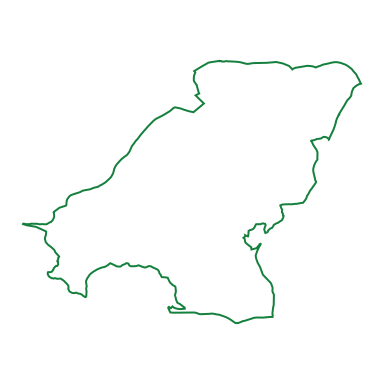 the district of Papiu Ilarian, Mures, Romania
{"feature_id": "2599482B30644499185341", "entity_name": "Papiu Ilarian", "entity_type": "district", "adm_level": 2, "iso_a3": "ROU", "parent_name": "Romania", "parent_adm1": "Mures", "projection": "equal_earth", "projection_center": [24.217, 46.568], "detail": "fine", "context": "isolated", "style": "outline", "palette": "green", "viewbox_px": 384, "rotation_deg": 0, "n_neighbors": 0, "source": "geoboundaries", "source_scale": "gbopen_adm2", "svg_char_len": 5910}
<svg xmlns="http://www.w3.org/2000/svg" viewBox="0 0 384 384"><path d="M170.4,312.5L173.4,312.7L180.6,312.7L182.6,312.6L194.4,312.5L196.3,312.9L199.2,314.0L201.2,314.2L209.8,313.8L211.3,313.6L213.2,313.7L217.1,314.5L218.8,314.6L223.8,316.3L226.6,317.4L228.5,318.4L230.8,319.8L234.6,322.5L235.5,323.0L238.0,323.1L241.1,321.9L242.6,321.2L244.7,320.8L252.3,318.4L253.6,317.9L254.8,317.7L256.8,317.5L262.9,317.6L270.6,316.9L272.5,317.0L272.7,315.6L272.4,313.3L273.2,307.1L273.7,305.1L273.8,300.9L273.9,294.7L272.5,291.5L272.4,290.9L272.6,288.4L272.5,287.5L271.3,284.0L270.6,282.8L262.9,274.7L260.0,266.9L257.7,262.8L256.2,258.6L255.7,256.1L255.7,255.5L255.9,254.8L257.5,250.3L258.6,247.9L260.7,244.1L260.2,243.8L259.7,244.2L257.8,246.7L256.4,248.2L251.5,249.5L251.2,247.9L251.3,247.3L247.4,244.3L245.8,242.9L245.2,242.0L244.8,239.6L244.4,238.4L243.5,237.8L245.5,236.0L245.3,235.3L246.9,236.0L248.0,236.3L248.4,234.6L248.6,230.9L249.7,230.2L251.6,229.7L253.4,228.8L254.5,227.4L255.4,225.4L256.2,224.2L260.4,224.2L262.0,223.6L263.0,223.4L265.1,223.9L265.6,225.0L265.5,225.9L265.0,226.7L264.2,229.5L265.4,233.0L267.5,232.2L268.3,230.3L270.2,228.6L272.1,227.8L273.4,225.8L273.5,225.4L273.9,224.8L276.3,223.4L278.0,222.8L279.9,221.4L282.2,220.0L282.3,219.7L282.6,218.6L283.0,218.2L283.2,217.7L283.6,215.9L283.1,215.7L282.7,213.2L282.0,212.5L282.0,211.3L282.2,209.9L281.3,208.2L280.3,205.4L282.2,204.6L283.6,204.4L288.8,204.2L291.8,204.3L294.4,203.9L296.4,203.9L301.4,202.9L303.0,202.8L304.8,200.6L305.9,199.0L306.5,197.8L307.0,196.0L308.2,194.3L310.1,190.6L311.2,189.3L315.4,183.3L316.0,182.3L316.1,182.0L316.1,181.5L315.5,180.9L313.4,172.0L313.2,170.4L313.3,168.8L314.0,165.7L315.5,162.4L316.6,160.7L317.2,160.0L317.4,159.5L317.3,157.0L317.5,155.1L317.4,152.1L316.5,149.8L313.9,146.0L313.3,145.0L312.1,142.4L311.1,140.9L311.3,140.6L313.6,140.3L317.0,139.0L320.5,138.6L321.4,138.2L322.9,137.2L323.8,136.9L324.9,136.9L326.4,137.3L327.6,137.9L328.7,139.1L328.8,139.6L329.1,139.4L329.9,137.0L331.3,134.3L332.6,131.4L333.3,130.2L333.9,128.3L334.5,126.9L335.9,122.3L335.8,121.9L336.9,118.7L338.8,114.6L339.2,114.7L339.3,114.5L339.4,114.2L339.3,113.6L344.5,105.2L346.9,100.9L347.9,99.6L349.5,98.1L350.9,96.2L351.3,95.2L351.6,93.0L352.2,90.9L353.5,88.0L356.0,86.0L357.9,84.8L358.8,84.3L361.0,83.7L360.2,82.3L359.1,79.8L357.2,76.4L356.2,74.3L353.8,71.7L351.6,68.9L347.8,66.0L345.6,64.7L340.4,62.8L337.0,62.2L335.7,62.1L333.6,62.3L330.0,63.0L328.8,63.4L323.1,64.6L322.4,64.8L320.6,65.7L317.7,66.6L315.9,67.4L315.4,67.4L314.0,66.7L311.7,66.2L307.4,65.8L295.4,67.8L292.8,68.9L292.4,69.4L289.9,66.8L288.9,65.9L283.0,63.5L280.9,63.0L276.6,62.1L275.5,62.0L274.3,62.2L266.9,62.8L253.7,63.1L251.0,63.4L249.0,63.8L247.5,63.9L246.7,63.9L240.2,62.2L236.0,61.7L227.7,61.3L226.3,61.1L224.4,61.5L222.9,61.5L221.7,61.5L221.3,61.3L221.1,61.0L219.4,61.2L219.3,60.9L209.6,62.4L208.2,62.8L201.0,66.9L194.2,71.1L194.6,71.6L195.3,72.5L194.0,75.7L193.8,78.4L193.8,80.3L194.1,81.4L196.5,84.9L196.7,84.4L196.8,85.7L198.1,90.4L198.6,92.2L199.2,93.5L195.6,95.4L203.9,103.5L193.5,112.2L188.8,111.2L183.7,109.6L180.3,108.4L175.5,107.4L175.0,107.4L173.7,107.8L173.0,108.5L169.8,111.2L162.8,115.4L155.7,119.0L153.4,120.9L148.1,126.3L140.6,134.9L138.0,138.5L135.6,141.1L134.0,143.4L131.9,146.1L129.8,150.9L129.0,152.3L127.3,154.6L126.6,155.3L125.9,155.7L122.0,158.7L120.2,160.5L117.0,164.1L115.9,165.5L114.9,167.4L114.1,169.2L113.8,170.9L113.1,173.3L112.5,174.4L111.2,176.8L110.1,178.1L106.4,181.5L104.8,182.8L102.0,184.5L99.8,185.6L97.8,186.9L95.7,187.3L93.0,188.1L90.1,189.3L82.9,190.6L80.1,192.1L77.1,193.1L74.7,193.8L71.3,195.0L69.7,196.0L68.1,198.0L67.2,199.3L66.9,200.1L66.6,201.4L66.4,204.6L66.2,205.4L65.4,205.8L59.5,207.7L54.9,211.1L53.9,212.0L54.1,212.1L53.9,213.1L54.2,216.1L54.0,217.4L52.8,220.0L51.1,221.9L49.5,222.5L47.2,223.9L46.4,224.2L45.7,224.3L41.9,224.1L39.8,224.3L37.1,223.8L36.1,223.7L35.1,223.8L31.3,223.7L29.5,224.1L27.3,224.2L25.7,224.1L23.5,223.6L23.1,223.8L23.0,224.1L27.0,225.3L35.9,226.8L41.5,229.3L45.8,231.3L46.2,231.7L46.2,232.3L45.8,235.4L45.0,237.6L44.9,238.9L45.5,240.9L45.7,242.1L48.1,244.8L50.7,246.7L54.3,249.9L55.2,252.1L59.1,256.5L58.8,256.9L58.8,257.5L58.6,257.7L58.3,257.8L58.1,258.5L58.2,259.6L58.0,259.9L57.7,260.1L57.3,260.9L57.3,261.3L58.1,261.8L58.1,264.5L57.8,265.1L57.1,266.0L56.1,265.9L54.7,267.2L54.0,267.9L53.7,268.5L53.5,269.1L53.5,269.6L52.9,270.1L52.7,270.3L52.6,270.8L51.7,271.8L50.2,272.2L48.1,272.1L47.8,272.6L47.7,273.7L47.8,274.0L48.2,275.3L49.3,276.8L51.7,278.2L52.5,278.2L53.2,278.5L53.7,278.5L54.5,278.2L54.9,278.3L55.5,278.2L56.3,278.6L57.4,278.8L60.3,278.6L60.8,278.7L61.7,279.2L62.0,279.5L62.8,280.0L64.2,281.1L65.5,282.5L66.3,283.2L68.3,285.6L68.4,286.2L68.5,288.1L68.3,288.5L68.3,288.9L69.1,290.8L69.6,291.5L70.1,291.8L71.9,292.8L72.6,293.0L74.8,293.1L76.1,292.6L77.5,293.3L78.6,293.6L80.2,293.8L82.0,294.7L82.6,295.4L85.2,297.1L85.8,297.0L86.3,296.1L86.4,293.1L86.6,291.5L86.2,289.4L86.2,288.4L86.7,286.3L86.1,282.7L86.1,280.8L87.1,278.6L89.4,275.1L90.8,273.6L93.5,271.6L97.2,269.4L100.5,268.0L102.3,267.4L104.1,267.1L106.2,266.2L107.4,265.4L110.3,263.2L115.6,265.7L116.1,266.2L118.8,266.6L120.1,266.6L120.9,266.3L121.6,265.8L122.0,265.3L122.8,264.9L124.9,264.1L126.5,263.1L128.1,263.5L128.7,264.0L128.9,264.8L129.5,265.6L131.0,266.3L136.2,266.1L138.4,265.3L138.8,265.3L139.5,265.7L143.8,267.3L145.1,267.5L145.9,267.4L148.7,266.1L149.8,266.1L150.6,266.2L153.4,267.7L155.5,268.6L157.3,269.5L158.0,270.0L159.0,271.5L159.4,273.2L160.8,275.0L161.2,275.8L161.3,276.5L162.0,277.2L164.0,277.2L167.6,277.7L167.8,277.9L169.2,281.0L170.5,283.1L171.6,283.9L172.4,284.9L175.0,286.3L175.4,286.8L175.9,291.0L175.8,292.1L175.0,295.0L176.2,300.1L177.4,302.7L178.5,303.4L179.8,303.9L183.3,306.7L184.6,307.5L184.8,308.1L184.8,308.7L180.2,309.1L177.6,308.8L174.9,308.1L173.7,307.5L172.5,306.4L170.8,308.2L168.9,306.9L168.2,307.7L169.2,310.2L170.4,312.5Z" fill="none" stroke="#15803d" stroke-width="2"/></svg>